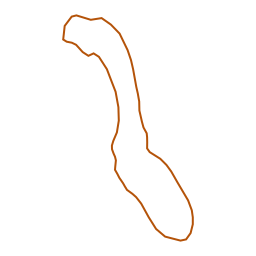 Ifalik, Federated States of Micronesia
{"feature_id": "79324940B29071405098983", "entity_name": "Ifalik", "entity_type": "district", "adm_level": 2, "iso_a3": "FSM", "parent_name": "Federated States of Micronesia", "parent_adm1": "", "projection": "equal_earth", "projection_center": [144.456, 7.25], "detail": "fine", "context": "isolated", "style": "outline", "palette": "amber", "viewbox_px": 256, "rotation_deg": 0, "n_neighbors": 0, "source": "geoboundaries", "source_scale": "gbopen_adm2", "svg_char_len": 920}
<svg xmlns="http://www.w3.org/2000/svg" viewBox="0 0 256 256"><path d="M147.2,142.5L147.1,137.3L146.7,133.3L143.5,127.5L141.9,121.6L139.4,110.6L139.2,101.5L137.8,93.5L136.3,86.9L133.1,69.2L131.0,60.1L127.6,50.1L119.6,33.6L110.9,24.6L101.6,18.1L90.8,19.8L76.4,15.4L71.7,16.6L64.7,25.9L63.2,39.5L66.7,41.7L71.8,42.7L76.1,44.8L82.7,52.1L88.4,55.8L93.6,53.4L98.9,56.8L106.9,69.2L110.5,78.6L115.6,91.8L118.4,107.2L118.8,120.6L116.9,132.4L113.3,140.9L111.9,145.6L112.0,149.2L113.6,153.6L115.0,156.7L115.9,160.4L115.3,166.2L115.0,169.8L117.3,173.8L119.4,177.9L123.1,183.3L124.9,186.5L127.0,189.9L132.5,193.9L136.1,197.1L141.2,203.6L148.8,217.4L156.1,229.0L165.1,236.6L171.6,238.3L180.5,240.6L186.1,239.4L190.6,233.1L192.8,224.3L192.8,217.3L191.8,210.3L188.1,200.4L182.2,190.4L177.3,182.1L171.3,171.6L166.5,165.0L160.3,158.8L153.8,154.7L149.7,152.1L147.1,148.4L147.2,142.5Z" fill="none" stroke="#b45309" stroke-width="2"/></svg>